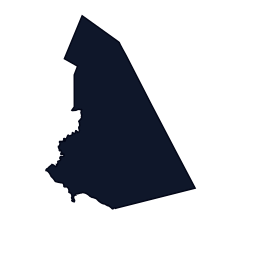 the district of Magarini, Coast, Kenya, rotated 111°
{"feature_id": "3690345B44163293085628", "entity_name": "Magarini", "entity_type": "district", "adm_level": 2, "iso_a3": "KEN", "parent_name": "Kenya", "parent_adm1": "Coast", "projection": "orthographic", "projection_center": [39.973, -2.829], "detail": "fine", "context": "isolated", "style": "filled", "palette": "ink", "viewbox_px": 256, "rotation_deg": 111, "n_neighbors": 0, "source": "geoboundaries", "source_scale": "gbopen_adm2", "svg_char_len": 5678}
<svg xmlns="http://www.w3.org/2000/svg" viewBox="0 0 256 256"><g transform="rotate(111 128 128)"><path d="M131.6,186.8L131.7,186.4L131.6,186.0L131.2,185.4L131.1,184.9L130.8,184.6L130.6,183.9L129.9,182.7L129.3,182.3L128.7,181.3L128.4,181.1L128.1,180.6L127.9,178.9L127.4,178.1L127.4,177.9L127.7,177.8L128.0,178.0L128.2,177.9L128.6,177.6L129.0,177.4L129.1,177.6L129.3,177.6L129.5,177.4L130.1,177.4L130.6,177.4L131.1,177.0L131.4,176.6L131.7,176.1L132.0,176.3L132.2,176.2L132.7,175.8L133.0,175.6L133.5,175.5L133.8,175.6L134.2,175.5L134.7,175.1L135.1,175.0L135.5,175.0L136.0,175.2L136.4,175.2L137.8,175.7L138.5,176.0L139.2,176.3L139.4,176.3L139.6,176.2L139.8,176.1L140.4,175.1L140.7,175.0L141.1,174.9L141.4,174.8L142.3,174.2L142.6,174.1L143.0,173.9L143.3,173.9L144.7,174.2L145.0,174.2L146.2,173.6L146.4,173.4L146.7,173.2L147.1,172.8L147.7,172.4L148.0,172.4L148.5,172.4L148.9,172.4L149.4,172.5L150.3,173.3L150.3,173.5L150.0,173.6L149.8,173.8L149.6,174.0L149.6,174.4L149.2,175.0L149.1,175.3L149.2,175.7L149.3,175.8L149.9,175.7L150.3,175.7L151.3,175.6L152.0,175.6L152.3,175.8L152.5,176.0L152.5,176.4L152.5,177.0L152.1,177.8L152.1,178.0L152.5,178.2L152.9,178.1L153.5,177.9L153.9,177.7L154.3,177.7L154.7,177.8L154.8,178.0L155.1,178.4L156.0,179.2L156.3,179.6L156.4,180.0L156.3,180.3L156.1,181.0L156.1,181.3L156.5,181.5L157.0,181.6L158.7,181.6L159.6,181.7L159.8,181.8L160.3,182.1L160.7,182.6L160.8,182.7L160.8,182.9L160.6,183.4L160.6,183.6L160.7,183.9L160.9,184.1L161.3,184.1L161.5,184.0L161.7,183.8L161.7,182.5L161.8,182.3L162.0,182.1L162.5,182.0L162.8,182.0L163.0,182.1L163.2,182.3L163.3,182.5L163.2,183.0L162.8,183.5L162.8,183.8L163.9,184.1L164.3,184.4L164.5,184.5L164.6,184.9L164.4,185.4L164.4,185.6L164.6,186.0L165.0,186.5L165.0,186.9L165.1,187.0L165.4,187.0L165.7,186.9L166.0,186.7L166.3,186.2L166.6,186.0L167.1,185.8L167.4,185.7L167.9,185.7L168.9,185.6L169.3,185.6L169.5,185.6L169.9,186.3L170.0,186.4L170.8,186.1L171.2,185.7L171.8,185.2L172.1,184.9L172.2,184.6L172.3,184.5L172.6,184.4L173.1,184.3L173.5,184.1L173.7,183.8L173.6,183.7L173.3,183.6L173.1,183.4L173.0,183.2L172.9,182.9L173.0,182.7L173.6,182.2L174.0,181.8L174.5,181.2L174.8,180.8L175.0,180.7L175.1,180.8L175.2,181.2L175.2,181.4L175.4,181.5L175.7,181.4L176.2,181.5L176.4,181.4L176.6,181.1L176.4,180.1L176.2,179.8L175.7,179.3L175.5,179.0L175.4,178.8L175.4,178.5L175.5,178.4L175.9,178.4L176.0,178.3L176.6,178.0L176.8,177.8L177.0,177.8L177.7,178.1L178.0,178.6L178.4,179.3L178.7,180.6L178.8,180.7L179.0,180.8L180.0,180.9L180.4,180.9L180.6,180.8L180.7,180.7L180.8,180.5L180.7,179.9L180.8,179.7L181.5,179.7L182.1,179.6L182.4,179.6L182.5,179.6L183.0,180.1L183.6,180.7L184.0,181.3L184.3,181.5L184.6,181.4L184.8,181.4L185.1,181.0L185.4,180.8L185.6,180.8L186.3,181.0L187.2,180.8L187.5,180.8L187.8,181.0L187.8,181.5L188.4,181.1L188.8,180.9L189.0,180.9L189.3,181.0L190.0,181.8L189.9,181.9L189.7,182.2L189.7,182.4L189.6,182.6L189.8,183.2L189.7,183.4L189.4,183.8L189.4,184.2L189.2,184.9L189.5,185.4L189.3,185.9L189.6,186.0L189.9,186.1L191.5,187.0L192.2,187.4L193.1,187.9L193.4,188.0L194.0,188.2L194.5,188.4L194.7,188.5L194.9,188.8L195.3,189.2L195.9,189.4L196.1,189.5L197.1,189.3L197.0,188.8L197.0,188.0L197.2,187.1L197.8,186.0L198.1,185.4L199.0,184.2L199.5,183.7L199.9,183.1L200.1,182.9L200.2,182.6L200.4,182.6L200.5,182.6L200.9,181.9L201.8,179.9L202.4,178.9L202.6,178.4L203.1,177.9L203.3,177.6L203.8,176.9L203.9,176.3L203.9,175.7L203.7,175.1L203.7,174.3L203.5,173.0L203.3,172.1L203.2,171.1L203.1,170.6L202.7,170.0L202.7,169.7L202.9,168.8L203.5,168.0L204.3,167.4L205.2,167.0L205.5,166.9L205.6,166.7L205.7,166.4L205.6,166.1L205.6,165.7L205.1,164.9L205.0,164.6L204.9,164.2L205.0,163.8L205.0,163.5L205.2,163.0L205.5,162.4L205.7,162.1L206.1,161.6L206.9,161.0L207.7,160.6L208.5,160.3L208.9,160.3L209.1,160.2L209.2,159.8L209.3,159.5L209.2,158.9L209.3,158.3L209.5,157.7L209.8,157.4L210.1,156.9L210.5,156.6L211.3,156.1L212.2,155.7L212.5,155.7L213.0,155.7L213.3,155.7L213.7,155.4L214.1,155.0L214.7,154.3L215.0,154.0L215.3,154.0L215.5,154.3L215.7,154.5L215.8,154.5L215.9,154.4L216.2,153.9L216.3,153.4L216.3,152.8L216.2,152.5L216.2,152.0L216.2,151.8L216.0,151.7L215.8,151.7L215.6,151.8L215.2,151.8L214.8,151.9L214.6,152.0L214.4,152.3L214.4,152.5L214.1,152.6L213.9,152.7L213.6,153.1L213.4,153.4L212.6,153.8L212.2,154.0L211.9,154.2L211.2,154.1L210.9,154.2L210.5,154.0L210.1,153.9L209.8,153.7L209.6,153.6L209.4,152.9L209.3,153.0L208.9,153.1L208.7,153.1L208.3,153.1L208.1,153.0L208.0,152.8L207.7,151.9L207.5,151.5L206.8,150.6L206.4,150.0L205.7,149.1L205.3,148.2L205.2,148.1L205.0,147.8L204.9,147.7L204.6,147.8L204.5,147.7L204.3,147.4L204.2,147.2L204.2,146.3L204.3,145.8L204.1,145.2L204.0,144.9L204.1,143.2L204.5,141.2L205.0,139.7L205.2,139.4L205.3,139.2L205.2,138.8L205.2,138.6L205.4,138.3L205.6,137.0L205.6,136.6L205.4,136.0L205.2,135.9L205.0,135.7L205.2,135.2L205.3,135.0L205.4,134.8L205.3,134.5L205.0,134.1L205.2,133.9L205.4,133.5L205.4,133.3L205.2,132.6L205.2,132.4L205.4,131.9L206.0,130.7L206.1,130.3L206.3,130.0L206.6,129.3L206.9,128.5L207.3,126.8L207.5,126.0L207.6,123.8L207.4,123.4L207.2,123.3L207.2,123.1L207.8,119.3L207.8,119.2L207.6,119.0L207.3,119.0L207.3,118.8L207.4,118.6L207.2,118.6L207.3,118.3L207.5,117.9L207.7,117.4L207.8,117.0L207.9,116.8L207.9,116.7L208.1,116.1L208.4,115.1L209.0,113.8L208.9,113.3L208.9,113.2L208.6,113.2L208.4,113.1L208.2,112.8L207.9,112.6L207.8,112.9L207.7,113.1L207.7,112.7L207.7,112.4L207.5,112.1L207.5,111.5L207.4,111.3L207.3,111.2L207.2,111.0L206.9,110.4L207.1,110.4L206.5,109.6L160.1,43.8L132.6,75.2L97.6,114.9L61.1,155.7L56.2,161.5L52.9,165.3L51.4,166.8L51.3,167.0L51.0,167.8L39.7,211.0L86.1,212.2L88.3,197.2L97.7,197.2L127.5,185.7L131.6,186.8Z" fill="#0f172a" stroke="#020617" stroke-width="1.5"/></g></svg>